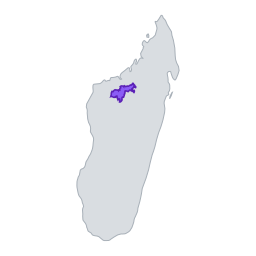 Ambato Boeni, Boeny, Madagascar shown in context
{"feature_id": "10022922B29824664852903", "entity_name": "Ambato Boeni", "entity_type": "district", "adm_level": 2, "iso_a3": "MDG", "parent_name": "Madagascar", "parent_adm1": "Boeny", "projection": "natural_earth1", "projection_center": [46.383, -16.718], "detail": "fine", "context": "in_parent", "style": "filled", "palette": "violet", "viewbox_px": 256, "rotation_deg": 0, "n_neighbors": 0, "source": "geoboundaries", "source_scale": "gbopen_adm2", "svg_char_len": 7103}
<svg xmlns="http://www.w3.org/2000/svg" viewBox="0 0 256 256"><path d="M165.8,21.2L166.5,23.0L167.2,24.6L169.6,28.7L170.6,30.2L171.5,31.9L171.9,35.2L173.4,40.3L174.8,48.0L175.2,55.9L175.6,59.6L176.7,63.0L178.5,66.5L179.1,70.5L177.9,74.5L176.3,78.3L175.9,79.1L175.1,80.0L174.8,80.0L173.5,79.0L172.5,77.4L171.2,73.6L170.7,71.7L170.1,71.4L168.6,71.5L167.4,72.7L167.2,73.5L167.5,75.6L167.9,77.6L168.1,79.5L168.1,82.0L168.5,82.7L169.1,83.4L169.7,85.0L169.8,88.8L169.4,90.8L168.3,92.4L168.4,93.4L168.8,94.3L168.4,94.9L166.9,95.6L166.3,96.2L165.6,97.9L164.3,101.4L164.1,103.2L164.9,108.6L164.6,112.4L163.0,119.7L162.0,123.2L160.7,127.3L158.6,132.8L156.6,139.6L154.9,146.7L153.6,150.9L152.1,155.1L150.2,162.5L148.5,170.0L146.0,178.3L142.6,187.5L142.2,188.7L141.5,193.4L140.7,197.5L139.8,201.5L137.9,208.2L137.7,210.3L137.2,212.3L135.4,216.5L134.6,218.0L134.1,219.7L133.8,221.8L133.2,223.8L131.9,227.5L129.9,230.7L128.5,231.9L125.6,233.6L124.1,233.9L120.9,234.0L117.7,234.9L114.4,236.8L111.2,238.9L110.0,239.9L108.6,240.5L104.4,240.6L103.1,240.2L98.9,236.7L97.3,236.1L94.2,235.6L93.3,235.3L92.4,234.9L91.1,233.0L88.7,231.5L88.1,231.0L87.7,230.0L87.4,228.8L86.8,227.5L86.3,225.1L85.5,223.4L83.1,220.3L82.9,219.4L82.7,216.2L82.8,214.0L82.5,210.0L82.8,208.2L83.6,206.5L83.2,204.7L82.4,202.8L82.0,200.8L81.4,199.0L79.0,195.7L78.4,194.1L78.0,192.5L77.0,187.3L76.9,185.5L77.0,181.7L77.4,179.8L77.9,178.4L78.1,177.4L78.5,176.5L79.0,175.8L79.4,175.0L80.3,170.1L81.4,169.1L83.1,168.5L84.5,167.2L85.2,165.5L86.0,161.9L88.1,158.4L88.9,156.6L90.6,153.8L92.1,149.9L92.6,148.1L92.9,146.2L93.3,142.0L93.6,140.0L93.5,137.9L92.6,135.8L90.5,132.0L90.4,131.3L90.6,128.5L90.4,126.4L89.6,124.4L88.6,122.5L87.7,118.9L87.2,113.0L87.3,110.8L87.0,108.9L86.3,107.1L86.7,103.9L93.0,92.4L93.2,91.1L92.9,87.6L93.0,85.5L93.3,84.8L93.7,84.3L94.8,84.1L99.9,83.6L100.5,83.3L101.8,82.3L103.5,80.4L104.3,79.9L105.0,80.1L105.5,80.9L106.0,81.3L108.1,80.5L108.9,80.4L109.7,80.6L110.0,79.8L110.3,78.8L110.6,78.0L111.1,77.6L113.7,77.4L115.4,77.1L117.6,76.3L118.1,76.5L119.8,79.1L120.4,79.3L121.0,79.4L121.6,79.0L120.2,77.6L120.0,76.8L120.1,75.9L120.8,74.0L122.1,72.6L125.0,70.4L127.9,67.9L128.8,67.7L129.5,68.1L130.0,71.1L130.0,71.6L130.4,71.6L131.0,71.3L131.5,70.1L131.5,69.1L131.1,68.1L130.9,67.3L130.9,66.5L132.4,64.8L133.6,63.1L134.1,61.1L134.6,60.1L135.8,59.1L136.2,59.2L136.5,60.1L136.6,61.0L136.3,61.9L135.9,62.8L135.7,64.0L136.4,64.2L137.0,63.9L138.0,61.8L139.1,59.7L139.8,58.7L140.6,58.0L142.0,58.1L143.3,58.6L141.1,56.4L140.6,53.5L143.2,48.5L143.2,47.4L143.6,47.1L143.8,46.7L142.4,45.0L142.2,44.2L142.4,42.9L143.0,41.7L143.6,40.9L144.4,40.6L145.1,41.1L146.5,42.5L147.5,42.7L148.7,41.3L149.6,39.7L151.1,38.5L152.7,37.8L155.2,35.2L156.8,29.6L157.0,28.0L156.6,26.1L156.0,24.2L155.1,21.9L155.3,21.4L156.7,21.7L157.2,21.3L158.7,19.3L161.1,15.4L161.9,15.4L162.6,16.1L162.9,17.2L163.3,18.0L165.0,19.8L165.8,21.2ZM148.7,36.8L148.7,37.4L146.9,37.1L146.6,35.0L147.5,35.0L147.7,34.1L148.3,34.0L148.9,35.9L148.7,36.8ZM171.2,95.8L169.6,98.8L170.0,96.3L171.9,92.6L172.4,92.3L171.2,95.8Z" fill="#d9dde1" stroke="#a8b0b8" stroke-width="1"/><path d="M110.8,96.6L111.1,96.5L111.4,96.6L111.5,96.6L112.2,96.6L112.3,96.7L112.4,96.8L112.5,96.8L112.8,96.9L113.0,97.0L113.5,97.3L113.8,97.4L114.0,97.4L114.4,97.2L114.4,97.3L114.7,97.4L114.9,97.3L115.0,97.3L115.2,97.1L115.4,97.2L115.4,97.3L115.6,97.3L115.7,97.0L115.7,96.9L115.9,96.7L116.0,96.4L116.3,96.5L116.3,96.4L116.3,96.2L116.5,96.1L116.8,96.0L116.9,96.4L116.9,96.5L117.0,96.5L117.0,96.8L116.9,96.8L117.0,96.9L117.2,97.1L117.3,97.4L117.2,97.5L117.2,97.8L117.2,98.0L117.3,98.2L117.5,98.3L117.7,98.5L117.7,98.8L117.8,98.9L117.8,99.0L117.7,99.1L117.8,99.3L117.7,99.4L117.8,99.7L117.9,99.9L118.0,99.7L118.4,99.1L118.7,99.1L118.9,99.0L119.1,99.0L119.2,98.9L119.3,98.9L119.2,99.1L119.3,99.2L119.3,99.5L119.4,99.9L119.5,100.2L119.6,100.5L119.7,100.8L119.7,101.2L119.6,101.4L119.6,101.6L119.5,101.9L119.5,102.0L120.2,101.8L120.4,101.8L120.5,101.9L120.9,101.6L121.1,101.4L121.3,101.2L121.5,100.9L121.5,100.7L121.8,100.5L121.8,100.4L121.7,100.3L121.9,100.3L121.9,100.0L121.9,99.9L121.8,99.7L122.1,99.4L121.9,98.5L121.9,98.4L121.9,98.2L122.0,98.0L122.0,97.9L122.0,97.7L122.3,97.2L122.6,97.3L122.7,97.1L123.0,97.0L123.2,97.4L123.3,97.4L123.5,97.3L123.5,97.2L123.8,96.8L123.9,96.3L123.9,96.2L124.2,95.7L124.3,95.2L124.1,94.7L124.3,94.5L124.7,94.1L124.7,93.6L124.6,93.4L124.8,93.3L124.7,93.1L124.7,92.9L124.8,92.8L125.0,92.6L125.0,92.3L125.0,92.1L124.9,91.6L125.0,91.4L125.0,91.2L125.1,90.9L125.3,90.8L125.6,91.1L126.0,91.1L126.5,90.9L126.7,91.0L126.9,91.1L127.0,91.1L127.2,91.4L127.4,91.5L127.5,91.5L128.1,91.6L128.3,91.2L128.5,91.3L128.6,91.1L128.7,90.9L128.8,90.6L128.8,90.8L129.0,90.8L129.6,90.1L130.0,90.0L130.3,90.1L130.5,90.2L130.9,90.4L130.9,90.2L131.1,90.2L131.2,90.5L131.3,90.4L131.3,90.5L131.5,90.6L131.5,90.9L131.8,90.8L132.0,91.0L132.3,91.1L132.4,90.9L132.6,90.9L132.6,91.1L132.8,91.0L132.9,91.4L132.9,91.5L133.1,91.6L133.3,91.6L133.7,91.7L133.7,91.8L133.7,92.0L133.8,92.2L133.8,92.4L133.9,92.5L134.0,92.3L134.2,92.2L134.3,91.7L134.3,91.4L134.4,91.2L134.2,91.1L134.2,90.9L134.2,90.7L133.9,90.9L133.8,90.7L133.6,90.6L133.4,90.5L133.4,90.4L132.8,90.1L132.7,90.1L132.7,89.9L132.6,89.7L132.4,89.6L132.3,89.4L132.2,89.5L132.1,89.4L131.9,89.1L132.0,88.9L131.9,88.8L132.0,88.7L132.2,88.8L132.4,88.5L132.5,88.4L132.7,88.5L132.8,88.5L132.9,88.4L132.9,88.1L133.0,87.8L133.5,87.3L133.8,87.3L133.8,87.2L133.7,87.1L133.8,86.8L133.8,86.5L134.0,86.4L134.3,86.4L135.1,87.4L135.2,87.5L135.3,87.6L135.6,87.7L135.8,87.2L135.8,86.8L135.7,86.6L135.5,86.4L135.2,86.1L134.9,86.2L134.7,86.1L134.3,86.0L134.3,85.8L134.4,85.5L134.5,85.5L134.5,85.4L134.6,85.2L134.5,84.9L134.4,84.9L134.0,84.9L133.7,84.9L133.5,84.7L133.4,84.3L133.4,84.1L133.4,83.8L133.5,83.6L133.4,83.4L132.6,83.3L132.4,83.5L132.2,84.3L132.1,84.6L131.9,84.7L131.4,84.8L131.3,85.1L131.0,85.1L130.9,85.1L130.7,85.2L130.3,85.0L130.2,85.1L130.1,85.3L129.9,85.3L129.6,85.5L129.1,85.8L128.5,86.3L128.1,86.2L127.9,86.2L127.7,86.0L127.4,86.2L127.0,86.4L126.9,86.4L126.8,86.2L126.4,86.2L126.2,86.4L125.8,86.6L125.7,86.5L125.6,86.4L125.4,86.5L125.2,86.5L125.1,86.4L125.0,86.2L124.6,86.0L124.4,86.2L124.3,86.3L124.2,86.3L124.1,86.2L124.1,85.9L123.9,86.0L123.7,86.2L123.6,86.3L123.6,86.6L123.1,86.0L122.6,86.0L121.3,85.9L120.8,86.1L120.6,86.3L120.1,86.6L120.2,86.9L120.4,87.1L120.9,87.6L121.3,87.6L120.8,87.8L120.6,88.0L120.1,88.2L119.9,88.4L119.8,88.7L119.8,89.4L119.8,89.6L119.8,89.8L119.8,90.0L119.4,89.8L119.2,89.8L118.9,90.5L118.7,90.7L118.7,90.3L118.7,90.0L118.8,89.8L118.7,89.8L118.2,90.0L117.5,90.3L117.3,90.1L117.2,90.0L117.0,89.9L116.9,89.9L116.7,89.9L116.5,90.0L116.3,90.0L116.1,90.1L115.8,90.0L115.7,89.9L115.6,90.0L115.2,89.9L114.9,89.8L114.6,90.0L114.4,90.1L114.2,90.3L113.9,90.5L113.7,90.9L113.5,91.2L113.3,91.3L113.1,91.6L113.0,91.8L112.8,91.8L112.5,91.6L112.4,91.5L112.1,91.3L111.9,91.7L111.7,91.8L111.6,92.2L111.5,92.3L111.4,92.6L111.3,93.0L111.4,93.3L111.4,93.5L111.3,93.8L111.2,93.9L111.2,94.0L111.3,94.4L111.2,94.6L111.2,95.1L111.1,95.4L111.0,95.5L110.9,95.9L110.9,96.0L111.1,96.2L110.9,96.4L110.8,96.6Z" fill="#8b5cf6" stroke="#5b21b6" stroke-width="1.5"/></svg>